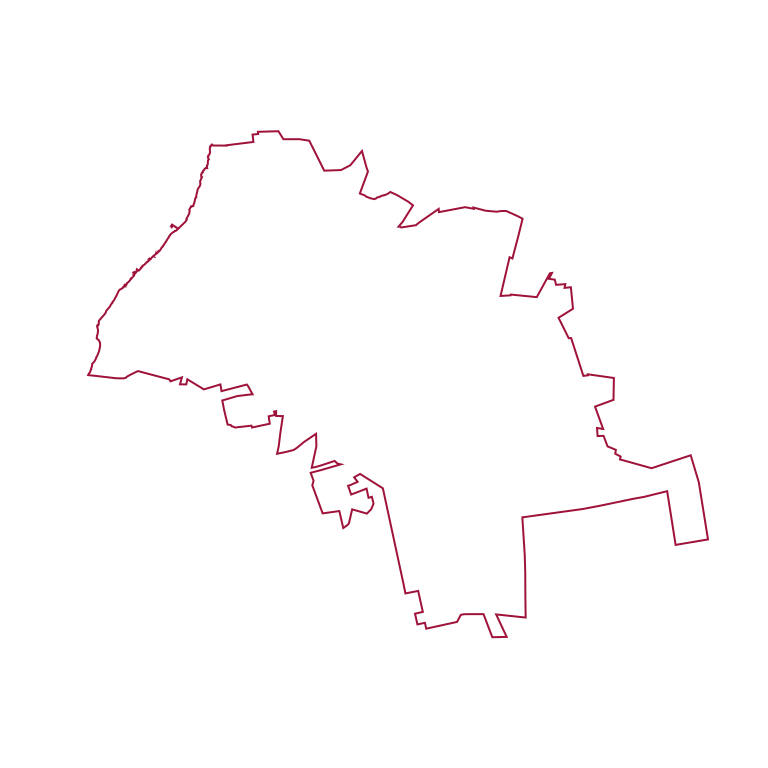 outline of Campeche, Campeche, Mexico, rotated 348°
{"feature_id": "50627088B29480766363328", "entity_name": "Campeche", "entity_type": "district", "adm_level": 2, "iso_a3": "MEX", "parent_name": "Mexico", "parent_adm1": "Campeche", "projection": "mercator", "projection_center": [-90.58, 19.715], "detail": "fine", "context": "isolated", "style": "outline", "palette": "rose", "viewbox_px": 768, "rotation_deg": 348, "n_neighbors": 0, "source": "geoboundaries", "source_scale": "gbopen_adm2", "svg_char_len": 6102}
<svg xmlns="http://www.w3.org/2000/svg" viewBox="0 0 768 768"><g transform="rotate(348 384 384)"><path d="M530.0,238.9L519.6,235.7L508.2,230.0L508.2,231.3L500.1,227.9L473.5,227.3L473.9,224.1L451.6,233.5L448.3,235.3L433.5,234.5L432.2,233.4L431.0,233.1L436.0,229.2L449.5,215.3L445.6,210.7L436.0,201.9L430.1,197.5L427.3,198.7L424.6,199.3L423.3,199.2L422.9,199.5L421.8,199.3L419.1,199.8L418.9,200.1L416.1,200.1L415.2,200.7L413.1,201.2L409.5,199.6L405.5,197.0L405.1,196.3L403.2,194.6L402.4,194.3L400.0,192.6L412.5,172.8L411.9,168.4L410.9,151.5L396.6,163.0L386.4,165.8L369.9,162.9L361.5,130.5L352.3,127.0L336.5,123.6L333.3,114.8L313.1,111.1L312.9,113.3L307.3,112.7L306.6,120.1L279.2,117.7L279.3,118.0L266.4,115.2L265.6,114.0L265.2,113.9L264.0,115.4L263.5,115.8L263.2,115.7L263.1,116.7L262.6,117.1L262.0,121.2L261.6,121.8L261.3,122.8L259.9,123.8L259.9,124.2L259.6,124.2L258.9,125.2L259.1,126.6L259.0,127.3L259.4,127.8L258.3,128.8L257.7,130.7L257.6,131.6L257.3,132.0L257.1,132.8L256.2,133.7L256.2,134.4L255.9,134.7L255.8,135.2L255.9,136.1L255.4,136.0L255.0,135.6L254.5,135.6L254.1,136.0L253.4,136.2L253.0,136.5L252.7,137.2L251.5,137.8L251.4,138.0L250.8,138.5L250.4,139.1L250.6,139.5L249.4,140.0L249.0,141.0L248.7,141.1L248.4,142.6L248.6,143.5L249.0,143.8L248.8,144.1L248.3,144.3L248.2,144.8L247.5,145.6L247.0,146.6L246.4,147.1L246.0,149.6L246.1,150.1L245.8,150.7L244.6,152.6L243.3,153.6L242.5,154.7L241.9,155.3L241.5,156.7L239.7,160.2L239.1,162.4L238.7,162.4L238.3,163.1L238.0,163.2L236.3,166.9L236.2,167.3L235.2,168.6L234.5,170.2L234.0,170.0L233.3,170.3L232.8,170.1L232.3,170.1L232.2,170.7L231.9,170.7L230.8,171.7L230.4,172.4L229.8,172.9L230.0,173.4L229.8,174.7L229.4,175.1L229.0,176.7L225.2,181.3L224.9,182.1L225.1,182.3L224.6,182.7L223.9,183.7L215.0,189.3L209.8,184.0L208.2,185.6L208.0,185.9L209.6,184.3L210.2,184.9L208.8,186.3L208.4,185.9L208.9,186.6L210.7,185.0L214.9,189.4L213.1,190.5L212.1,190.9L211.4,191.0L211.2,190.9L211.1,191.1L208.3,192.1L206.3,193.3L206.0,193.4L205.8,193.9L204.3,195.1L203.7,196.1L203.0,196.5L201.7,198.0L201.3,198.2L201.0,198.7L200.2,199.5L199.8,199.7L199.6,200.2L198.7,201.0L198.1,201.4L197.7,202.0L197.1,202.6L196.6,202.9L196.3,203.4L195.9,203.7L195.2,203.5L195.3,203.5L195.6,203.7L195.6,204.0L194.5,204.6L194.1,205.4L192.3,206.9L192.2,206.8L191.2,207.5L190.9,207.2L190.8,207.3L191.1,207.6L190.6,207.8L190.6,208.0L189.7,208.6L189.1,208.8L189.0,208.7L188.8,208.8L188.9,209.0L187.9,209.4L187.9,209.2L187.6,209.7L186.6,210.0L184.8,211.1L184.6,210.9L184.8,211.2L184.6,211.1L181.4,213.3L181.1,213.3L180.5,212.2L180.5,212.3L180.4,212.4L180.6,212.4L181.1,213.3L180.7,213.3L180.7,213.8L178.8,215.0L178.5,215.1L178.1,215.0L177.4,215.4L177.5,215.6L176.5,216.1L175.6,216.6L175.5,216.9L174.5,217.4L173.5,217.9L173.2,217.8L172.9,218.0L172.2,218.8L171.9,219.0L171.8,218.9L171.6,219.3L170.8,219.5L170.2,218.9L170.6,219.6L170.4,219.8L170.6,220.0L169.8,220.7L167.9,222.0L167.4,222.1L167.2,222.0L166.0,220.0L165.6,219.8L166.8,221.5L165.3,222.4L165.4,222.5L164.3,223.2L163.9,222.5L162.1,222.8L162.2,223.0L163.8,222.7L164.4,223.5L163.2,224.3L162.7,223.4L162.1,223.9L161.8,224.3L162.3,225.1L161.6,225.5L161.9,226.2L160.8,226.8L160.6,226.7L160.7,226.8L160.4,227.2L159.7,227.6L158.9,228.4L158.2,228.7L158.0,228.3L157.7,228.5L157.9,228.4L158.0,228.9L157.7,229.0L157.3,229.6L155.6,230.9L153.6,231.9L153.1,232.6L152.9,233.2L152.2,233.7L151.4,234.1L151.2,233.1L150.7,233.1L151.0,233.0L151.2,234.5L151.0,234.4L151.0,233.2L150.9,233.2L150.9,234.4L149.6,235.0L149.3,234.7L149.2,234.8L149.5,235.1L149.3,235.3L146.0,236.7L145.5,236.6L144.9,236.9L144.7,236.5L144.7,237.0L144.2,237.4L143.0,238.9L139.9,243.0L138.8,244.1L137.5,245.7L136.0,247.1L135.6,247.2L135.3,247.9L134.8,247.8L135.0,247.8L135.2,248.0L134.9,248.4L133.3,249.5L132.5,250.8L130.8,252.2L127.3,254.9L126.9,255.9L125.8,257.2L118.4,262.8L118.0,263.6L117.7,265.3L117.2,266.6L116.8,267.0L116.4,266.6L116.0,266.7L115.9,266.9L116.4,266.7L116.6,266.9L116.6,267.2L116.2,267.5L115.4,268.4L115.5,269.9L115.4,271.9L115.2,272.9L114.1,276.0L113.1,277.3L113.0,278.5L112.5,279.2L112.5,279.9L113.9,281.4L114.8,284.2L114.8,284.7L114.4,287.2L113.7,289.2L112.0,292.9L110.1,295.6L109.9,296.0L109.2,297.0L108.1,298.0L108.0,298.6L106.2,300.9L105.1,302.0L102.7,303.7L102.0,306.0L100.7,308.1L100.7,308.9L99.8,309.6L99.0,311.3L97.4,312.5L96.5,313.8L104.2,316.3L123.2,322.7L130.7,324.4L132.9,324.2L133.8,323.5L137.5,322.3L146.0,320.2L174.9,334.8L175.7,337.0L187.7,335.5L184.4,341.9L190.5,343.3L192.6,338.5L206.7,351.8L223.9,350.4L223.6,357.2L249.7,356.0L250.5,357.5L253.3,366.8L251.5,366.5L238.0,365.3L222.4,366.5L222.2,376.0L222.6,391.2L225.5,392.2L225.7,392.8L226.1,393.1L226.3,393.8L227.4,394.2L229.3,395.6L245.7,397.2L245.9,399.1L264.0,399.1L264.5,391.6L270.8,391.6L270.7,388.1L272.8,388.1L271.8,392.8L278.4,394.4L272.3,410.7L268.0,423.2L264.9,430.0L273.1,430.1L281.8,429.8L285.8,428.2L294.1,423.9L307.2,418.6L304.9,430.9L295.9,450.9L299.4,451.0L305.1,450.6L319.7,449.0L322.0,452.2L325.0,453.6L304.7,455.1L293.8,455.6L295.0,464.0L292.8,468.2L297.1,497.8L313.9,499.0L314.2,516.4L319.1,514.3L320.4,513.3L320.9,512.6L326.8,500.0L340.3,507.2L345.5,503.8L348.9,498.8L348.7,491.8L345.2,492.1L345.2,482.7L328.9,485.3L327.7,476.1L329.9,475.9L337.9,474.2L335.4,469.1L341.9,467.0L361.2,485.8L361.5,583.4L361.4,593.3L374.4,593.5L374.6,615.0L366.6,615.1L366.7,626.1L374.4,626.1L374.4,632.1L406.0,631.9L411.1,625.8L414.5,625.8L433.5,629.8L437.3,654.2L451.4,656.9L445.8,632.7L474.0,641.9L478.0,621.7L483.1,597.1L486.1,580.6L491.6,543.2L552.4,547.6L570.8,548.0L603.3,548.1L615.1,548.5L638.7,547.7L635.8,602.0L668.6,603.4L671.5,545.6L669.2,517.5L628.2,522.0L599.1,506.8L600.4,504.1L595.7,500.3L597.1,496.6L589.7,491.5L588.0,480.4L582.1,479.3L583.2,471.3L589.0,473.6L585.7,450.0L605.2,447.2L610.1,425.9L585.4,416.9L585.3,417.9L580.7,417.5L576.6,378.0L574.2,377.6L568.5,355.5L584.5,349.7L586.9,328.2L580.6,327.5L582.1,324.0L573.0,322.8L572.7,317.4L567.2,315.4L571.4,310.3L569.3,310.2L551.5,330.8L526.7,322.9L526.3,323.6L516.3,322.1L533.2,286.1L535.7,287.9L546.4,266.7L553.9,251.2L550.4,248.2L539.7,240.3L535.0,239.2L530.0,238.9Z" fill="none" stroke="#9f1239" stroke-width="2"/></g></svg>